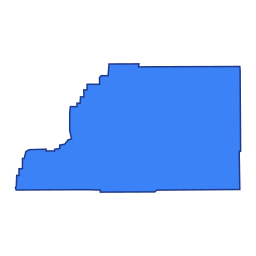 Sevier, Utah, United States of America
{"feature_id": "52423323B46966183656729", "entity_name": "Sevier", "entity_type": "district", "adm_level": 2, "iso_a3": "USA", "parent_name": "United States of America", "parent_adm1": "Utah", "projection": "orthographic", "projection_center": [-112.118, 38.774], "detail": "fine", "context": "isolated", "style": "filled", "palette": "blue", "viewbox_px": 256, "rotation_deg": 0, "n_neighbors": 0, "source": "geoboundaries", "source_scale": "gbopen_adm2", "svg_char_len": 694}
<svg xmlns="http://www.w3.org/2000/svg" viewBox="0 0 256 256"><path d="M154.8,191.9L156.7,190.1L239.8,189.5L239.2,151.3L240.6,151.3L240.1,69.9L239.8,66.5L147.7,66.8L138.4,66.9L139.0,63.9L109.0,64.0L108.1,75.7L101.2,75.7L99.5,77.5L99.6,84.3L87.1,84.3L87.0,89.9L83.7,89.9L84.0,96.8L80.5,96.9L80.1,103.3L77.0,103.1L77.0,106.6L70.4,106.6L69.7,113.0L69.7,130.3L71.5,139.0L68.1,139.9L64.7,144.2L59.7,145.1L59.7,148.5L54.6,149.3L54.6,151.0L46.0,150.9L46.1,149.2L29.3,149.7L25.9,151.5L24.2,158.4L22.5,158.4L22.4,168.7L19.0,168.7L19.0,175.6L16.7,175.3L16.3,186.3L15.4,187.4L16.1,190.0L73.9,189.7L88.5,189.7L100.3,190.1L100.3,192.1L154.8,191.9Z" fill="#3b82f6" stroke="#1e3a8a" stroke-width="1.5"/></svg>